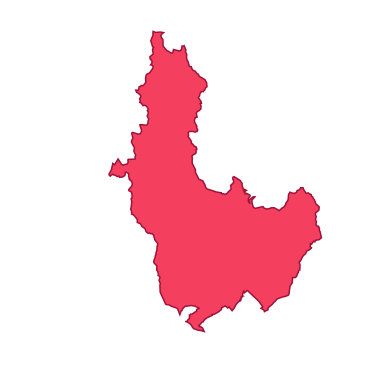 the district of Panticeu, Cluj, Romania, rotated 45°
{"feature_id": "2599482B63681333603727", "entity_name": "Panticeu", "entity_type": "district", "adm_level": 2, "iso_a3": "ROU", "parent_name": "Romania", "parent_adm1": "Cluj", "projection": "albers", "projection_center": [23.537, 47.044], "detail": "fine", "context": "isolated", "style": "filled", "palette": "rose", "viewbox_px": 384, "rotation_deg": 45, "n_neighbors": 0, "source": "geoboundaries", "source_scale": "gbopen_adm2", "svg_char_len": 6085}
<svg xmlns="http://www.w3.org/2000/svg" viewBox="0 0 384 384"><g transform="rotate(45 192 192)"><path d="M299.3,282.0L295.6,280.7L293.0,281.2L292.4,282.0L292.0,281.6L291.3,281.7L291.1,280.8L291.4,280.1L291.3,278.7L291.0,277.0L291.7,276.0L291.2,274.8L291.4,273.9L290.8,273.2L291.4,272.3L291.5,270.6L293.5,264.9L292.9,264.8L293.3,263.7L294.2,262.7L295.4,258.5L295.9,254.9L295.7,254.0L294.8,252.7L296.2,248.9L299.3,248.8L299.6,247.1L304.3,247.6L304.0,244.5L302.8,240.8L302.6,239.1L302.5,236.8L303.2,234.4L302.3,232.9L302.1,233.4L301.7,231.0L301.1,231.2L301.0,230.1L301.5,229.5L300.7,229.6L299.1,226.8L298.8,225.4L299.5,225.7L300.0,226.8L300.4,226.3L300.3,225.3L300.7,224.6L300.5,223.9L300.8,222.5L316.0,222.0L323.2,223.1L323.0,225.5L326.2,224.6L327.8,225.4L329.0,221.5L327.9,220.5L327.7,219.9L328.2,214.7L327.9,211.6L328.1,209.8L327.7,207.9L329.9,202.7L331.9,199.7L333.1,196.8L332.8,195.7L328.1,189.5L327.5,188.0L327.2,185.3L323.5,181.4L325.4,179.8L325.7,178.8L325.3,176.9L324.3,175.1L324.2,173.9L323.3,172.9L323.2,171.4L323.4,170.9L319.5,166.8L317.7,166.2L317.4,165.7L317.5,164.5L317.2,164.3L317.1,162.6L316.1,160.3L315.7,158.1L316.0,155.4L314.9,152.8L315.9,149.8L316.1,147.3L315.9,146.9L314.2,147.2L312.3,144.7L313.5,144.4L312.8,140.7L314.1,140.4L313.6,138.6L315.3,136.3L315.8,135.2L315.6,134.2L315.9,132.8L310.6,129.4L309.5,129.3L307.4,127.3L305.6,126.9L305.1,127.5L302.7,127.5L301.0,125.1L298.6,124.0L297.3,121.5L295.8,121.0L294.2,119.5L294.1,119.1L294.5,117.2L294.5,115.1L292.5,112.6L288.1,112.8L283.9,110.9L282.1,110.8L280.7,110.1L279.3,110.4L278.1,109.5L276.5,110.3L274.9,110.4L273.6,112.2L269.0,111.3L267.8,110.5L267.1,110.8L265.8,112.1L266.3,114.3L266.1,115.2L265.3,116.6L266.1,118.3L265.6,120.3L263.4,122.0L261.4,122.9L261.7,123.4L261.8,124.9L262.8,126.5L265.2,129.1L266.1,131.9L266.3,133.6L267.1,134.7L267.6,137.3L267.0,139.9L266.8,143.5L261.5,144.9L259.5,146.7L257.9,149.9L256.7,151.3L254.4,152.4L252.5,152.1L248.3,158.8L247.0,159.3L246.1,159.3L242.8,157.7L240.4,155.7L240.1,155.2L239.9,150.9L239.0,151.6L238.5,152.8L238.1,157.4L238.4,158.1L240.6,158.7L240.5,159.2L239.0,159.0L237.0,157.5L236.2,155.8L236.0,153.8L235.0,153.2L231.9,154.4L231.1,155.5L230.7,154.8L230.1,155.3L228.8,155.0L229.4,152.4L227.5,152.8L227.5,154.3L222.9,152.0L221.3,150.4L219.6,150.3L218.3,149.7L210.9,151.4L210.5,152.7L211.6,153.9L214.0,154.9L214.8,156.6L214.6,160.0L216.9,161.6L217.7,162.6L217.5,166.2L217.8,167.5L217.5,169.7L213.9,172.3L213.3,171.8L209.3,174.7L200.2,179.3L198.4,179.0L195.9,177.7L191.7,176.5L187.9,178.1L187.0,178.0L185.8,177.3L180.9,175.9L178.5,173.7L172.4,171.8L170.6,170.4L168.2,167.7L166.5,166.7L166.6,164.4L167.4,162.3L166.9,161.0L165.1,159.7L165.5,159.0L165.2,158.3L163.1,157.2L161.0,158.0L159.1,157.6L157.1,158.0L156.4,157.1L154.7,156.3L150.0,155.5L149.4,154.2L147.2,152.6L147.5,150.9L150.0,148.4L151.4,147.8L152.2,146.9L152.3,146.0L152.9,145.5L152.1,144.1L149.6,143.1L149.0,142.1L144.7,140.8L142.9,139.5L142.2,137.9L141.5,137.4L142.7,135.5L139.0,132.9L138.9,131.0L139.5,129.7L139.5,127.0L137.6,124.8L135.2,123.7L135.1,123.3L135.9,122.6L134.2,121.5L129.9,120.8L129.2,118.4L128.2,117.1L127.6,114.5L129.0,113.1L128.7,112.8L128.9,110.9L127.9,108.6L128.2,107.0L125.1,104.4L121.7,103.4L115.2,105.1L113.5,104.3L111.4,104.7L109.0,104.3L106.7,105.2L105.4,105.1L102.9,103.9L101.7,104.7L100.6,104.9L99.9,104.2L97.0,102.6L94.3,101.8L92.1,99.8L91.2,98.5L88.2,97.4L87.3,95.9L82.9,94.1L82.6,95.2L81.7,95.9L83.1,97.6L83.8,98.9L83.8,100.9L78.1,104.4L79.4,106.2L79.9,107.4L79.6,108.0L77.8,108.9L76.0,109.0L74.6,109.8L68.4,109.3L63.8,104.9L61.8,104.4L61.6,104.7L59.6,103.7L58.9,101.6L59.2,99.4L56.6,101.2L53.4,104.9L50.9,105.9L52.0,107.3L53.5,108.6L55.9,114.2L61.5,117.2L61.9,116.9L62.8,117.1L63.0,118.3L63.7,119.6L66.7,121.5L66.9,122.5L66.6,126.2L68.2,127.5L70.5,127.5L71.8,128.3L72.6,129.5L72.8,131.4L73.9,130.7L75.2,130.5L76.1,131.1L76.8,132.3L77.8,137.6L76.8,140.7L76.8,141.5L78.7,144.4L81.4,146.7L81.9,147.7L82.2,150.4L82.0,151.6L80.7,152.6L80.9,153.7L80.2,155.0L81.4,156.5L82.0,158.2L80.2,159.8L82.3,160.6L84.8,160.1L87.6,160.1L88.6,160.9L89.0,163.2L91.0,164.2L91.8,165.6L93.6,165.0L96.2,165.6L97.4,164.0L98.4,163.6L100.5,163.7L102.2,164.2L102.5,164.5L103.0,166.2L104.2,166.2L105.7,167.7L106.5,169.9L110.0,171.2L110.8,173.0L112.3,174.6L112.7,176.1L112.5,177.1L108.3,180.4L107.6,181.3L109.9,182.7L111.6,183.3L113.5,185.0L114.1,186.6L114.0,188.0L113.0,189.1L107.8,191.9L107.6,192.5L108.4,193.5L111.6,195.3L112.6,196.9L112.9,198.3L114.0,199.6L117.9,200.9L119.8,201.2L122.1,204.3L126.2,205.8L126.8,207.4L128.4,208.6L127.9,209.7L123.8,214.0L124.0,214.7L125.7,216.0L126.3,217.5L126.2,218.3L124.6,220.9L124.3,221.8L122.8,222.3L116.4,220.9L118.0,227.4L115.8,227.8L119.1,232.9L120.6,237.7L121.1,238.4L121.9,238.7L123.1,238.4L122.8,237.6L123.3,236.4L123.2,235.7L123.6,235.2L124.7,235.3L125.7,234.4L128.2,234.0L129.1,232.4L130.4,232.9L132.5,230.2L132.4,229.6L132.9,228.1L132.7,227.4L130.9,225.3L132.0,224.4L134.2,223.8L136.1,225.8L138.6,226.8L138.4,227.2L139.9,227.5L141.8,227.1L144.1,228.5L145.4,230.9L145.3,232.6L145.6,235.2L146.5,235.7L149.3,234.9L151.6,236.4L153.8,238.6L153.7,239.8L156.4,241.6L159.8,245.8L160.7,247.5L163.3,248.6L165.0,250.4L166.6,249.6L168.9,249.6L172.8,250.2L174.8,252.2L178.2,250.9L181.2,251.8L183.9,251.2L185.1,251.3L187.3,252.4L188.6,252.5L189.9,252.3L191.1,251.1L192.7,250.5L193.0,249.7L195.2,249.6L199.5,252.1L204.4,252.7L206.1,255.6L207.8,257.3L209.6,260.5L211.0,262.0L211.1,263.0L212.3,264.5L213.2,266.8L214.4,268.6L215.4,269.0L219.5,269.1L222.0,272.0L224.3,272.6L226.2,273.8L227.0,275.0L228.1,274.6L229.7,274.9L231.1,277.7L234.7,279.3L235.0,280.4L240.4,285.4L252.6,289.9L253.5,289.7L255.7,288.0L258.3,287.3L263.5,284.8L264.4,284.8L270.1,287.3L268.5,284.0L268.7,282.9L267.9,280.7L267.9,277.9L271.8,272.7L274.9,270.6L278.5,269.3L279.3,269.4L278.4,271.4L278.4,271.9L279.6,273.1L279.0,274.7L278.4,278.3L277.4,279.4L277.7,280.1L277.3,280.8L277.6,280.8L278.5,282.3L279.5,282.9L279.5,285.3L280.0,287.0L278.7,288.4L280.2,287.4L282.2,286.8L285.4,286.6L288.3,287.4L290.1,287.3L294.5,285.1L297.0,283.2L299.3,282.0Z" fill="#f43f5e" stroke="#9f1239" stroke-width="1.5"/></g></svg>